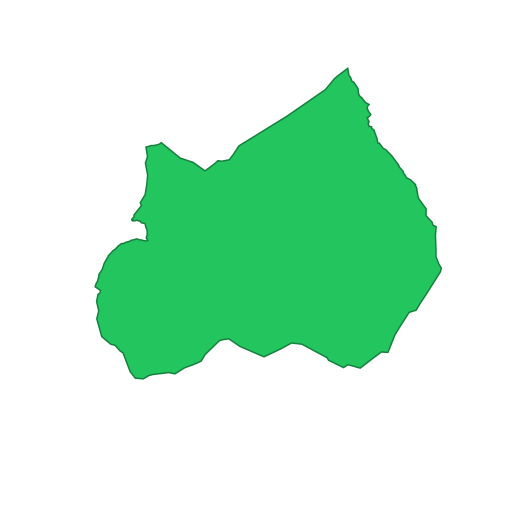 outline of Altai, Hovd, Mongolia, rotated 240°
{"feature_id": "93677404B38037310597400", "entity_name": "Altai", "entity_type": "district", "adm_level": 2, "iso_a3": "MNG", "parent_name": "Mongolia", "parent_adm1": "Hovd", "projection": "natural_earth1", "projection_center": [92.813, 45.736], "detail": "fine", "context": "isolated", "style": "filled", "palette": "green", "viewbox_px": 512, "rotation_deg": 240, "n_neighbors": 0, "source": "geoboundaries", "source_scale": "gbopen_adm2", "svg_char_len": 5704}
<svg xmlns="http://www.w3.org/2000/svg" viewBox="0 0 512 512"><g transform="rotate(240 256 256)"><path d="M309.8,101.3L303.8,104.1L301.8,102.1L301.9,100.1L296.3,95.2L287.2,92.4L281.2,86.7L263.3,82.1L252.3,86.1L249.1,89.3L241.4,90.9L238.6,92.4L218.7,89.2L210.5,90.4L206.0,96.9L206.0,103.6L205.0,107.3L203.9,109.9L198.6,122.3L194.5,126.8L194.9,138.3L193.5,145.9L192.7,152.2L192.4,156.0L196.1,162.7L201.0,182.1L200.3,184.9L197.9,191.0L185.7,196.9L164.7,212.5L163.2,230.8L162.9,243.3L156.6,251.7L132.4,266.7L129.4,266.7L115.6,276.0L115.8,281.4L106.8,290.2L108.8,305.1L110.2,316.5L106.6,322.1L118.3,337.0L123.1,345.8L130.6,360.4L129.0,367.5L133.2,375.1L137.3,383.4L150.1,407.8L152.9,410.4L157.3,410.3L165.4,411.5L170.9,414.7L184.1,421.7L191.4,426.7L194.0,424.7L197.1,425.4L205.9,423.4L211.7,426.9L224.5,425.6L225.1,425.8L225.4,425.8L225.8,426.0L226.1,426.0L226.3,426.0L226.6,426.1L226.9,426.3L227.1,426.3L227.5,426.5L228.0,426.6L229.1,427.1L229.6,427.3L230.0,427.2L230.1,427.3L230.5,427.5L230.9,427.7L231.2,427.7L231.6,427.9L231.9,427.9L232.1,427.9L232.6,428.0L232.8,428.1L232.9,428.5L233.3,428.5L233.5,428.6L233.7,428.9L233.8,429.0L234.0,429.1L234.8,429.1L235.7,429.3L236.2,429.3L236.4,429.2L236.7,429.2L237.3,429.3L237.5,429.4L237.7,429.6L237.8,429.8L238.1,429.9L238.3,429.8L238.8,429.6L244.7,427.9L248.8,425.3L249.0,425.4L249.3,425.4L250.5,425.5L250.9,425.5L251.1,425.6L251.3,425.5L251.4,425.3L251.5,425.3L252.2,425.5L252.7,425.4L253.0,425.3L253.5,425.3L254.0,425.2L254.3,425.2L254.9,425.4L255.2,425.6L255.3,425.8L255.6,425.8L260.6,424.8L260.8,424.7L261.1,424.5L261.4,424.4L261.9,424.6L262.1,424.7L262.4,424.7L262.5,424.8L262.8,425.0L263.0,424.8L263.5,424.8L264.3,424.9L264.5,424.9L270.2,424.2L275.2,423.6L278.5,422.7L282.7,421.7L284.0,421.1L285.6,420.0L292.1,419.2L292.6,417.9L297.2,419.5L304.5,420.8L305.1,420.9L305.2,421.1L305.9,421.1L306.0,421.1L306.4,421.0L308.6,420.0L310.1,420.7L311.8,418.7L311.9,418.8L312.1,419.0L312.4,419.0L312.8,419.0L313.2,419.1L313.3,419.1L313.6,419.1L313.9,419.0L314.0,419.1L314.3,419.3L314.6,419.6L314.8,419.7L314.8,419.8L314.8,420.0L315.2,420.4L315.4,420.4L315.7,420.3L315.8,420.4L315.8,420.7L315.9,421.0L316.1,421.2L316.3,421.2L319.1,421.1L319.1,421.3L319.4,421.6L319.6,421.7L320.0,421.7L320.3,421.7L320.0,422.9L320.8,425.6L321.2,426.2L323.2,425.9L325.3,425.7L325.7,425.8L325.8,425.8L326.2,425.8L326.3,425.9L326.6,425.9L326.7,426.0L326.9,426.0L327.1,426.1L327.3,426.1L327.4,425.9L327.5,425.9L327.7,426.0L327.8,425.9L328.2,426.0L328.5,426.1L329.0,426.3L330.2,428.2L330.7,429.7L334.4,427.4L335.7,427.5L335.9,427.4L336.3,427.2L336.7,427.2L337.1,427.1L337.7,427.1L338.0,427.0L338.5,426.9L338.8,426.7L339.2,426.7L340.1,426.8L340.4,426.5L340.5,426.5L341.0,426.4L341.3,426.3L341.6,426.1L341.8,425.9L342.9,425.9L343.1,425.8L343.3,425.6L343.7,425.7L344.2,425.8L344.3,425.8L344.5,425.9L344.6,426.0L344.8,426.1L345.6,426.1L345.9,426.3L346.0,426.3L346.6,426.4L346.9,426.7L347.2,426.7L347.4,426.8L347.8,426.8L348.0,426.9L348.3,427.2L348.6,427.4L349.2,427.7L349.5,427.9L351.9,428.0L357.9,427.5L359.1,426.4L363.6,427.2L365.8,426.7L368.6,427.8L372.7,429.3L371.1,416.7L370.3,412.5L365.4,399.3L361.6,352.7L359.9,296.2L355.3,287.2L352.7,280.9L355.2,273.7L357.6,270.7L356.5,265.8L355.2,254.4L368.5,248.4L378.7,239.3L401.6,230.6L401.4,229.8L401.3,229.1L401.2,227.7L401.5,227.0L401.8,225.9L401.8,225.2L402.0,224.8L402.1,224.6L402.3,224.4L402.4,223.9L402.5,223.5L402.8,222.8L402.9,222.5L403.3,221.7L404.0,220.7L404.0,219.8L404.3,219.4L404.5,218.6L404.9,216.4L405.1,216.0L405.3,215.6L405.4,215.3L405.4,215.2L396.3,211.7L391.8,206.7L380.2,202.6L372.7,197.3L364.6,190.7L360.1,182.5L356.9,181.9L352.5,170.8L352.1,170.7L351.8,170.4L351.4,170.3L351.0,170.1L350.8,169.8L350.6,168.6L349.9,168.1L349.7,168.0L349.2,167.5L349.2,167.3L349.3,167.2L349.6,167.3L349.8,167.3L349.9,167.1L350.0,167.0L349.9,166.8L349.7,166.6L349.2,166.4L348.5,166.7L347.9,166.8L347.8,167.0L347.8,167.3L347.8,167.6L347.7,167.8L347.6,168.0L347.4,168.1L347.2,168.4L346.9,169.2L346.9,169.7L346.8,170.0L346.6,170.2L346.5,170.4L346.4,170.6L346.2,170.8L346.1,171.0L346.0,171.3L345.9,171.5L345.1,171.8L344.9,172.1L344.5,172.7L344.2,172.8L343.8,173.0L342.9,173.2L342.4,173.2L342.1,173.3L341.8,173.6L341.1,174.5L340.2,175.4L339.9,175.8L339.1,176.0L338.5,175.8L337.6,175.5L336.1,175.0L335.5,174.9L334.9,174.8L334.3,174.8L334.1,174.9L333.7,174.9L333.2,174.7L332.7,174.5L331.9,174.1L330.6,173.5L330.3,173.3L330.0,173.0L329.8,172.9L329.4,172.7L328.9,172.8L328.7,172.7L328.4,172.5L328.3,172.2L328.2,171.8L328.1,171.5L328.0,171.4L327.7,171.1L327.2,170.6L326.7,170.3L326.4,169.9L326.2,169.9L326.0,170.0L325.8,170.1L325.6,170.2L325.3,170.2L324.9,170.0L324.5,169.8L324.2,169.8L323.7,170.1L323.6,169.5L323.8,169.0L324.0,168.3L324.2,167.9L325.3,166.8L325.8,166.0L326.0,165.7L326.6,165.3L326.9,165.1L327.2,164.8L328.5,162.9L328.9,162.6L329.9,161.9L330.2,161.6L330.5,161.0L330.7,160.5L330.8,159.7L331.0,159.1L331.3,157.6L331.5,157.1L331.7,156.6L332.0,156.1L332.1,155.7L331.8,154.5L331.8,154.3L332.1,153.6L332.1,153.3L332.3,152.7L332.4,152.2L332.7,151.0L333.0,149.6L333.1,148.7L333.0,147.8L333.3,147.0L333.7,146.4L333.9,145.9L334.0,145.3L333.6,142.6L333.6,141.9L333.4,141.3L333.2,140.6L332.5,138.3L332.3,137.5L332.2,136.5L332.0,134.1L331.4,132.8L330.5,129.6L330.2,128.6L330.0,128.2L329.8,127.9L329.5,127.7L329.1,127.4L328.9,127.1L328.7,126.7L328.6,126.4L328.5,125.9L328.3,125.5L327.9,124.9L327.4,124.1L326.3,122.1L325.5,120.8L324.4,119.5L322.9,118.0L321.3,116.1L320.9,115.5L320.5,114.5L320.2,114.0L320.0,113.6L319.6,112.7L318.8,111.2L318.5,110.8L318.0,110.3L316.9,109.6L316.2,109.1L315.1,107.8L314.1,106.9L313.2,105.8L312.7,104.8L312.4,104.4L311.9,103.7L311.3,102.9L310.7,102.2L309.8,101.3Z" fill="#22c55e" stroke="#15803d" stroke-width="1.5"/></g></svg>